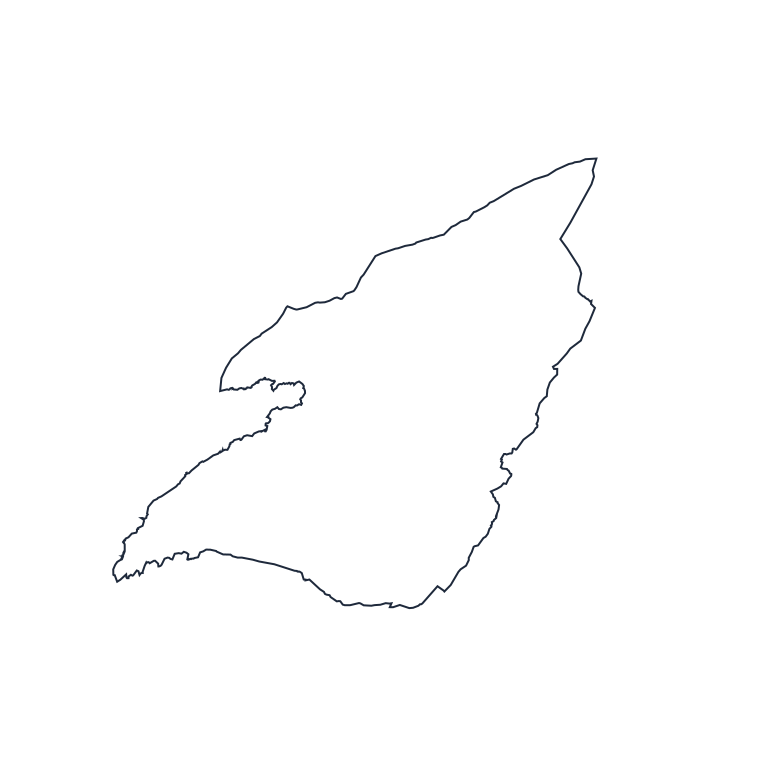 Sande nor, Vestfold, Norway, rotated 117°
{"feature_id": "86288312B46976910861287", "entity_name": "Sande nor", "entity_type": "district", "adm_level": 2, "iso_a3": "NOR", "parent_name": "Norway", "parent_adm1": "Vestfold", "projection": "natural_earth1", "projection_center": [10.282, 59.601], "detail": "fine", "context": "isolated", "style": "outline", "palette": "slate", "viewbox_px": 768, "rotation_deg": 117, "n_neighbors": 0, "source": "geoboundaries", "source_scale": "gbopen_adm2", "svg_char_len": 6161}
<svg xmlns="http://www.w3.org/2000/svg" viewBox="0 0 768 768"><g transform="rotate(117 384 384)"><path d="M541.5,236.0L532.8,233.3L517.6,232.4L514.3,231.6L508.6,228.4L502.4,228.5L500.4,229.6L493.8,229.5L488.4,230.2L487.5,229.7L485.1,226.9L476.1,225.5L473.9,224.1L470.3,223.5L465.2,224.3L462.5,223.5L461.5,223.9L461.5,224.4L459.6,224.2L458.1,225.2L456.5,224.1L455.2,224.3L452.5,223.2L450.8,223.7L451.4,224.0L451.1,224.2L443.8,225.0L439.6,226.5L438.4,228.9L437.8,229.1L437.7,231.1L435.1,233.5L434.9,235.3L432.9,236.9L431.3,240.0L425.7,235.5L422.0,233.2L418.3,232.4L417.5,229.8L411.8,230.0L408.3,229.0L407.1,229.3L406.3,229.8L406.5,231.0L404.6,233.6L404.6,234.7L403.9,235.9L405.7,240.2L405.2,241.0L405.2,242.1L400.1,242.8L399.9,244.5L397.8,244.7L397.7,245.7L391.9,245.3L391.2,243.9L391.2,242.8L388.7,240.3L388.0,238.8L386.8,238.6L383.3,239.8L382.4,238.8L382.6,236.6L381.9,236.2L370.3,234.5L359.2,229.1L354.5,228.8L352.9,227.9L351.0,228.6L350.3,230.0L347.8,230.0L344.3,231.0L342.6,232.8L341.9,234.3L342.2,234.6L341.6,235.1L340.3,234.7L330.6,236.5L323.7,234.8L321.0,233.4L314.8,235.9L307.4,236.9L301.1,235.5L297.0,234.0L291.9,236.5L293.4,239.4L291.9,241.3L287.2,238.5L273.8,235.0L267.9,234.1L255.9,228.3L243.3,229.7L234.8,229.4L220.4,230.6L218.7,235.9L215.7,236.9L216.9,237.8L215.8,240.9L216.1,241.2L215.8,243.7L215.1,245.2L215.5,246.4L214.7,249.8L213.6,252.6L211.9,253.7L208.6,255.1L196.1,258.4L191.4,262.9L180.0,282.4L174.8,292.7L155.7,291.2L111.9,289.8L103.8,291.1L98.8,295.1L86.7,297.1L92.3,306.6L96.9,310.4L99.9,314.8L101.7,316.2L104.1,319.2L115.0,327.9L123.6,332.9L133.7,343.2L145.3,351.8L151.0,356.8L171.3,369.3L174.5,372.1L178.0,373.1L181.0,374.9L188.7,380.5L190.0,382.0L197.4,383.4L199.6,384.4L204.5,389.4L209.9,392.3L213.4,395.2L223.8,398.5L226.2,401.5L231.2,406.3L232.1,407.4L232.3,408.4L234.8,410.3L236.4,412.5L243.3,419.5L244.6,419.8L246.9,421.9L251.4,427.9L256.7,433.1L258.2,435.2L268.6,445.4L273.9,449.7L295.8,451.8L299.6,452.9L310.1,452.5L313.7,452.9L315.1,453.3L321.0,458.9L326.9,460.0L327.8,461.0L328.2,465.1L330.0,467.2L334.5,470.3L338.0,473.8L340.6,478.1L341.2,479.9L342.9,482.2L350.7,487.8L356.9,495.0L357.5,496.0L358.0,498.5L358.6,505.3L360.4,505.8L367.2,505.8L377.7,507.3L384.3,509.9L394.7,515.9L397.6,516.4L403.0,520.3L418.6,527.0L422.9,528.0L430.3,531.2L441.2,532.1L452.4,531.6L464.7,526.8L460.0,521.4L459.7,519.8L459.1,519.2L457.6,518.9L456.3,517.4L456.4,516.9L457.0,516.7L456.6,516.4L457.1,515.4L455.7,512.0L453.6,510.9L452.3,509.3L452.2,507.5L451.7,507.0L452.3,506.3L451.4,505.0L450.8,505.1L450.1,504.4L449.1,504.3L448.0,501.0L447.1,500.5L446.6,500.9L445.1,500.7L442.5,499.0L440.4,498.5L440.3,497.9L440.6,497.5L439.8,496.5L439.1,496.6L439.0,497.4L437.9,497.2L436.1,496.0L435.3,494.1L432.6,493.1L432.5,492.7L433.7,492.1L432.7,489.4L432.1,489.0L432.1,485.2L430.8,483.0L431.3,482.4L434.3,482.9L434.7,483.5L436.4,484.1L437.5,482.4L439.4,481.6L440.2,479.5L439.2,479.6L436.5,478.0L433.9,478.1L432.0,477.5L430.9,476.1L430.7,475.0L428.7,473.8L429.0,472.3L427.6,471.0L427.5,469.9L426.2,469.4L425.8,468.7L426.6,467.2L424.9,466.5L424.5,464.8L425.7,463.7L422.5,462.7L420.3,460.8L421.0,456.7L422.2,454.5L424.2,454.1L424.0,453.6L426.0,451.3L428.0,450.2L433.0,450.7L434.6,451.7L435.7,451.7L436.3,450.5L438.0,449.6L438.5,448.3L440.2,448.3L440.6,450.5L442.7,451.8L443.1,453.0L445.7,453.9L446.7,454.8L447.7,456.3L449.0,460.5L450.8,462.9L453.4,464.4L454.0,466.3L453.1,468.5L455.5,469.8L457.5,471.9L459.8,472.6L462.1,472.4L466.5,473.2L466.1,472.0L466.5,471.9L466.9,469.2L469.0,468.7L470.7,469.2L471.7,469.7L472.6,471.3L473.2,471.4L474.7,470.7L474.4,468.9L478.1,467.8L479.9,467.9L480.1,468.4L478.4,469.0L481.6,471.3L481.3,471.4L483.1,474.0L487.0,477.2L490.3,477.8L491.8,482.7L494.2,485.1L498.5,485.8L499.1,486.5L498.2,487.8L502.0,492.0L504.3,492.5L506.2,494.1L507.2,493.6L507.8,494.1L509.6,493.5L513.7,493.6L514.8,495.9L516.6,497.3L516.0,497.8L517.3,497.6L519.5,498.9L519.7,499.4L519.3,499.6L521.5,500.2L525.1,503.7L531.5,507.0L535.4,509.7L535.4,510.7L538.3,512.5L540.3,512.6L548.4,516.2L552.1,517.3L552.7,518.4L553.8,519.1L552.8,519.7L553.1,519.9L554.0,519.1L555.5,519.9L556.4,519.2L563.1,521.1L565.4,520.9L566.9,522.0L569.6,522.6L585.2,531.3L588.0,533.6L589.5,534.0L592.5,536.4L600.5,538.2L607.0,536.3L607.4,535.3L609.6,535.6L611.2,535.0L612.7,536.0L613.1,538.5L613.7,539.5L614.0,536.5L615.2,535.6L619.9,534.7L624.1,537.8L624.8,537.3L625.1,537.9L626.0,538.0L627.1,537.3L628.9,537.2L631.8,540.8L636.6,542.1L639.0,544.0L641.0,543.7L641.5,544.1L641.3,544.5L643.3,544.8L643.7,544.0L643.4,543.7L644.7,542.2L650.7,539.1L651.4,539.0L651.4,539.6L651.8,539.6L651.9,539.0L653.7,538.8L653.7,539.2L654.7,538.8L655.4,539.3L655.8,539.0L655.1,538.8L656.0,538.4L656.4,539.1L656.4,538.2L659.2,537.9L659.7,538.3L659.3,538.7L660.0,538.7L663.6,540.9L667.2,541.4L672.1,541.1L676.9,538.5L677.0,537.9L676.6,537.1L681.3,532.0L678.2,530.1L670.7,527.3L673.3,525.7L673.7,524.8L673.0,523.5L671.5,524.2L668.9,522.9L669.0,521.2L668.4,520.6L662.4,519.6L662.3,517.8L665.2,515.1L663.3,514.8L662.2,514.0L661.9,513.2L660.8,513.8L654.6,514.7L651.1,514.8L651.4,514.4L650.4,514.1L649.6,512.8L650.1,511.4L646.0,508.8L645.4,507.7L646.6,503.7L649.0,502.2L648.6,501.5L647.4,500.5L646.0,500.1L639.3,500.2L636.9,498.0L636.4,496.4L636.8,494.9L636.4,492.9L630.3,493.4L627.9,490.1L627.1,487.4L624.4,486.2L624.0,483.4L624.5,481.0L629.6,479.6L629.6,478.9L628.5,478.8L628.5,477.6L627.5,476.9L627.5,476.3L626.7,475.8L626.0,474.3L625.2,474.0L622.8,471.0L617.5,471.4L615.2,469.1L612.3,467.3L610.5,463.6L609.0,457.7L609.3,457.1L608.9,450.0L605.7,443.3L606.2,440.6L605.1,435.5L603.2,431.8L600.1,421.1L598.8,414.6L594.4,399.9L591.0,378.9L590.1,376.7L590.4,376.1L590.2,375.2L589.7,374.8L589.5,373.6L589.8,371.4L594.6,366.8L593.9,365.1L594.6,364.8L592.1,361.7L596.0,347.8L596.5,343.1L597.8,341.4L597.8,339.7L596.9,336.6L598.1,334.8L599.1,327.4L597.9,325.7L597.4,324.3L599.3,320.6L598.9,318.5L596.4,313.7L590.5,306.8L590.2,305.4L590.4,301.6L587.3,294.6L585.3,292.0L582.4,287.1L578.5,283.0L577.1,279.3L576.0,277.8L580.2,277.5L578.7,274.5L573.7,269.6L572.2,259.7L570.2,256.5L566.0,252.7L563.9,251.9L563.5,251.0L562.2,250.2L539.9,244.5L541.0,237.1L541.5,236.0Z" fill="none" stroke="#1e293b" stroke-width="2"/></g></svg>